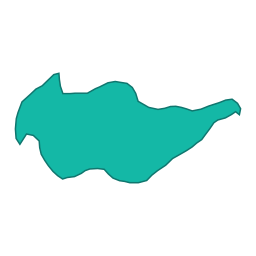 outline of Taquaral, São Paulo, Brazil
{"feature_id": "56859067B97918331690262", "entity_name": "Taquaral", "entity_type": "district", "adm_level": 2, "iso_a3": "BRA", "parent_name": "Brazil", "parent_adm1": "São Paulo", "projection": "natural_earth1", "projection_center": [-48.393, -21.068], "detail": "fine", "context": "isolated", "style": "filled", "palette": "teal", "viewbox_px": 256, "rotation_deg": 0, "n_neighbors": 0, "source": "geoboundaries", "source_scale": "gbopen_adm2", "svg_char_len": 1082}
<svg xmlns="http://www.w3.org/2000/svg" viewBox="0 0 256 256"><path d="M19.9,144.3L26.5,134.0L33.3,135.4L39.2,141.0L39.7,147.7L41.2,154.2L44.7,160.3L48.3,165.6L53.0,171.4L57.7,175.7L62.6,179.0L67.3,177.5L74.5,176.6L81.3,173.4L85.2,170.6L89.7,169.0L97.6,168.5L104.2,169.3L108.4,174.0L113.0,178.1L119.6,180.7L124.6,181.4L129.8,182.7L138.4,182.7L146.7,180.5L151.9,175.1L157.6,170.6L165.7,165.2L172.6,158.5L179.9,154.4L186.5,150.6L192.2,146.9L196.7,143.0L201.7,139.6L204.7,135.5L209.7,128.8L213.9,122.7L217.8,120.0L225.4,117.9L231.5,114.5L235.6,111.7L239.4,114.7L240.6,108.7L237.5,103.3L232.1,99.2L225.7,100.1L219.1,102.7L209.1,105.9L200.9,109.2L192.2,110.9L186.5,108.9L181.4,107.4L175.8,106.3L170.6,106.5L164.7,108.3L158.0,109.4L148.7,107.4L138.1,101.3L135.7,93.4L132.3,87.5L127.0,83.4L120.7,82.4L115.2,81.5L107.9,82.8L99.7,86.9L95.4,88.7L87.4,93.2L75.2,93.2L70.2,93.6L62.9,93.6L60.4,86.3L59.4,79.6L58.9,73.3L53.8,74.6L48.6,79.6L42.2,85.8L35.9,89.1L30.2,94.5L22.0,101.9L18.0,112.6L16.3,118.6L15.4,129.0L16.1,138.4L19.9,144.3Z" fill="#14b8a6" stroke="#0f766e" stroke-width="1.5"/></svg>